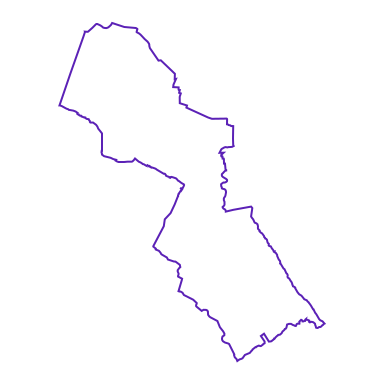 Monterrey, Nuevo León, Mexico (orthographic projection)
{"feature_id": "50627088B99377367762424", "entity_name": "Monterrey", "entity_type": "district", "adm_level": 2, "iso_a3": "MEX", "parent_name": "Mexico", "parent_adm1": "Nuevo León", "projection": "orthographic", "projection_center": [-100.3, 25.64], "detail": "fine", "context": "isolated", "style": "outline", "palette": "violet", "viewbox_px": 384, "rotation_deg": 0, "n_neighbors": 0, "source": "geoboundaries", "source_scale": "gbopen_adm2", "svg_char_len": 5993}
<svg xmlns="http://www.w3.org/2000/svg" viewBox="0 0 384 384"><path d="M73.2,110.6L75.6,111.5L77.0,112.5L77.5,112.8L77.2,113.2L77.4,114.1L77.9,114.4L78.7,114.4L79.1,115.2L79.7,115.5L80.1,115.7L80.9,115.6L81.4,115.9L81.5,116.5L82.1,116.7L83.0,117.0L83.9,117.4L84.6,117.3L85.3,117.5L85.3,118.0L86.7,118.9L88.7,119.2L89.1,120.2L89.8,120.9L89.9,122.0L90.4,122.5L93.0,122.5L96.1,124.8L97.4,126.6L98.2,128.6L102.0,133.4L102.0,150.8L101.7,150.8L101.5,152.3L101.7,153.0L101.9,153.2L102.0,154.6L104.1,156.2L110.6,157.8L113.3,159.1L116.1,159.8L115.6,160.6L117.1,161.5L118.6,162.0L124.2,162.0L127.3,161.7L131.8,161.7L132.6,161.3L133.9,160.0L135.0,158.5L138.8,161.7L140.6,162.5L142.0,163.4L142.8,164.1L143.7,164.2L146.5,165.9L147.4,165.2L147.8,165.6L148.6,165.8L148.6,166.0L148.9,165.8L149.4,165.9L150.4,166.7L150.3,167.0L150.9,167.2L151.2,167.5L151.4,167.3L153.4,167.9L155.6,168.7L156.9,169.7L163.8,173.8L164.6,173.7L165.0,173.9L165.8,174.9L165.9,175.6L167.4,176.4L168.5,176.7L169.2,177.1L170.1,177.1L169.9,177.7L170.4,177.8L170.9,177.0L171.5,176.9L172.9,177.3L175.9,178.3L176.9,179.2L178.1,180.7L179.0,181.1L181.3,182.9L183.0,183.9L183.8,184.3L184.1,185.0L183.6,186.4L182.4,188.5L182.1,188.7L181.1,188.2L180.9,188.5L182.2,189.2L181.0,191.0L180.7,190.8L178.7,193.7L178.9,193.8L178.8,194.0L178.0,195.4L178.1,196.4L177.7,196.8L174.7,204.4L170.6,213.1L164.8,219.3L163.8,226.2L153.6,245.6L153.3,246.2L153.3,246.6L155.8,248.6L155.6,249.2L155.7,249.5L158.9,250.8L160.6,252.8L161.0,253.8L161.9,254.6L166.9,257.5L167.9,259.5L173.9,261.5L175.5,261.6L179.8,264.8L180.3,267.1L179.1,268.2L177.7,270.2L177.7,271.5L178.6,273.6L178.5,274.6L178.0,276.1L178.1,276.6L182.1,278.7L181.8,280.1L178.5,291.2L179.3,291.5L180.5,291.5L182.5,292.7L183.9,295.0L193.2,299.7L196.7,303.0L196.7,303.6L196.1,305.1L196.1,306.1L196.6,306.7L201.7,310.9L203.5,309.8L206.1,309.9L207.3,310.5L207.9,311.5L208.1,314.8L209.3,316.5L210.4,317.3L217.4,321.0L219.9,327.2L223.2,331.4L224.4,333.6L224.3,335.3L222.5,336.5L222.0,338.4L222.1,339.8L222.9,341.2L224.9,342.5L228.2,343.5L229.1,344.0L234.3,354.4L234.0,354.9L234.8,357.3L236.5,359.0L237.3,361.0L239.5,359.4L241.0,359.0L242.5,358.3L244.5,355.5L245.0,354.9L249.8,352.9L251.5,350.8L252.2,350.3L252.5,349.5L255.5,347.1L256.0,347.2L256.4,346.7L258.5,345.7L258.9,345.6L260.3,346.1L261.0,346.0L262.9,344.6L263.2,344.1L264.6,343.3L264.6,341.5L260.9,336.0L264.0,333.7L268.9,341.6L270.9,341.4L271.4,341.1L271.6,341.1L272.7,340.1L273.3,339.8L274.1,338.6L274.5,338.8L275.6,337.3L277.1,335.9L277.7,335.6L278.2,334.9L279.9,334.7L281.1,333.7L281.7,333.1L282.5,331.5L283.8,330.4L284.5,329.7L284.8,329.0L285.7,328.7L286.4,327.7L287.1,324.5L288.9,323.9L291.1,323.9L293.1,325.1L293.8,325.2L294.8,325.8L295.8,326.0L296.1,325.6L296.5,324.4L297.0,323.9L297.8,323.6L299.4,323.7L299.5,323.0L299.3,321.7L301.1,319.8L301.6,319.9L302.4,320.9L302.5,321.4L303.5,321.4L304.4,320.9L305.1,320.9L305.3,319.6L305.9,319.1L305.8,319.5L306.0,319.8L307.7,319.8L308.3,320.2L308.7,320.8L308.8,320.6L309.1,320.5L309.3,320.6L309.3,322.1L309.5,322.2L309.9,322.4L310.7,322.0L311.7,321.8L313.4,322.3L315.0,323.7L315.3,325.3L315.6,325.8L316.1,327.7L316.8,327.9L317.4,328.0L318.2,327.7L319.2,327.0L320.3,327.0L321.2,326.5L322.4,325.2L322.9,325.0L323.3,324.6L323.7,324.0L324.5,323.6L322.5,321.3L320.3,320.3L319.2,319.2L316.3,314.2L315.1,312.7L313.5,309.3L313.1,309.3L311.0,305.7L309.9,304.1L309.0,303.0L308.7,302.4L307.5,301.4L306.8,300.3L304.2,299.2L304.0,298.8L301.4,295.6L299.2,294.3L297.5,292.2L295.2,288.2L295.3,287.8L295.1,287.5L294.6,287.0L293.0,286.3L292.8,285.5L292.6,285.0L292.3,284.7L292.2,283.7L291.6,282.2L290.5,280.7L289.2,278.5L287.8,277.6L287.5,276.7L287.7,275.7L287.6,274.9L287.1,273.8L286.4,273.3L284.5,269.2L283.5,268.5L280.6,263.7L280.1,263.5L280.3,262.6L279.9,260.8L278.8,259.6L277.2,256.0L277.1,254.8L275.7,252.8L274.5,252.2L274.6,251.5L274.0,251.7L273.7,251.5L273.6,250.8L272.8,249.5L271.9,248.5L271.0,246.7L270.7,246.3L269.4,246.1L268.7,245.5L268.8,243.8L267.8,242.9L267.5,242.2L266.9,239.7L266.2,238.9L265.2,238.5L265.0,237.7L264.7,237.6L264.2,237.1L264.0,236.0L262.1,233.4L260.9,232.7L259.5,231.3L259.4,231.0L259.7,230.6L259.6,230.4L258.0,228.8L257.9,227.6L258.0,226.3L257.5,224.3L256.4,223.3L255.0,222.8L254.6,222.5L253.2,219.4L251.6,217.4L251.1,216.4L252.3,208.1L251.1,206.6L233.4,209.8L225.8,211.6L225.8,210.8L225.2,209.6L223.5,208.6L222.7,207.6L222.6,207.0L224.1,205.6L224.5,204.7L224.5,201.8L223.9,200.4L223.8,198.7L224.2,197.6L225.0,196.6L225.4,195.6L226.0,192.5L226.0,191.8L225.7,190.4L225.2,189.7L224.5,189.2L222.2,188.6L221.9,188.4L221.8,187.2L221.4,186.7L221.2,186.0L221.1,184.3L221.4,183.9L223.4,182.5L224.9,182.5L226.4,181.8L227.0,181.1L227.1,180.2L227.0,179.8L226.2,179.0L222.8,176.9L222.0,176.0L221.8,175.0L221.9,174.2L222.1,173.9L223.1,173.0L223.2,172.8L224.8,171.1L225.5,170.6L226.2,170.5L226.2,170.3L226.2,170.0L225.6,169.6L225.5,169.2L225.0,163.6L224.0,163.6L223.9,159.1L223.7,158.6L222.6,158.6L222.5,156.7L221.6,156.6L221.4,156.4L221.2,155.8L221.2,155.4L221.7,155.0L221.5,154.6L223.6,152.7L219.5,152.8L221.0,149.9L221.6,149.0L224.4,147.4L225.6,147.1L227.4,147.4L228.6,147.1L230.9,147.0L232.2,146.8L233.7,146.0L233.2,144.9L233.0,138.5L233.2,126.1L232.1,126.0L231.2,126.1L230.4,125.4L228.4,125.0L227.3,123.9L227.0,124.0L227.1,119.2L227.0,118.9L226.6,118.6L211.9,118.8L208.1,117.5L186.4,107.6L187.0,105.5L179.8,103.2L179.7,97.3L179.8,96.4L180.8,93.4L179.1,92.8L179.8,90.1L178.9,90.1L178.6,89.7L178.6,87.4L173.2,87.1L173.5,84.6L176.0,78.9L174.7,79.2L174.9,73.8L160.8,60.3L158.5,60.6L149.9,48.1L149.3,45.9L149.3,44.8L149.0,43.7L147.6,41.7L144.7,39.1L140.6,34.7L139.0,33.4L136.9,32.3L136.6,32.0L136.9,30.7L137.4,29.1L137.3,28.9L135.8,28.0L124.3,27.0L112.1,23.0L111.1,24.8L110.0,25.9L108.5,27.2L107.6,27.7L106.2,28.1L104.3,27.9L103.2,27.6L101.6,26.2L100.0,25.2L97.3,24.0L96.4,24.0L95.8,24.4L92.3,27.9L88.0,31.7L87.3,31.8L84.9,31.6L85.0,31.9L83.5,36.4L70.4,73.5L59.5,105.4L59.8,105.4L61.6,106.0L66.5,108.7L68.1,109.2L68.9,109.9L69.2,109.9L73.2,110.6Z" fill="none" stroke="#5b21b6" stroke-width="2"/></svg>